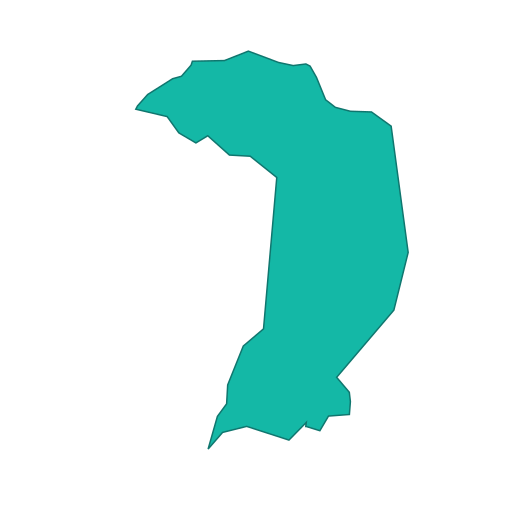 Chowan, North Carolina, United States of America (Robinson projection), rotated 192°
{"feature_id": "52423323B33793433125252", "entity_name": "Chowan", "entity_type": "district", "adm_level": 2, "iso_a3": "USA", "parent_name": "United States of America", "parent_adm1": "North Carolina", "projection": "robinson", "projection_center": [-76.579, 36.178], "detail": "fine", "context": "isolated", "style": "filled", "palette": "teal", "viewbox_px": 512, "rotation_deg": 192, "n_neighbors": 0, "source": "geoboundaries", "source_scale": "gbopen_adm2", "svg_char_len": 727}
<svg xmlns="http://www.w3.org/2000/svg" viewBox="0 0 512 512"><g transform="rotate(192 256 256)"><path d="M131.7,120.4L133.4,133.2L136.4,142.1L151.9,154.1L109.9,231.7L107.9,291.1L150.8,411.1L173.0,420.9L193.7,417.2L209.3,417.9L220.4,423.3L234.0,443.3L242.6,453.0L247.1,454.2L259.2,450.0L274.3,450.0L306.1,454.8L327.5,440.6L358.7,433.3L359.2,429.1L366.3,416.3L374.4,412.1L395.5,391.5L403.1,378.2L404.1,374.6L371.9,373.9L357.1,360.4L338.3,354.1L328.2,363.6L303.0,349.2L282.4,352.4L252.0,337.1L233.5,186.3L249.7,165.3L256.9,124.0L254.0,105.3L260.4,91.1L262.7,57.2L252.0,76.5L229.7,87.4L185.5,82.8L172.2,103.7L171.9,99.6L171.6,99.7L157.2,98.4L151.8,114.5L131.7,120.4Z" fill="#14b8a6" stroke="#0f766e" stroke-width="1.5"/></g></svg>